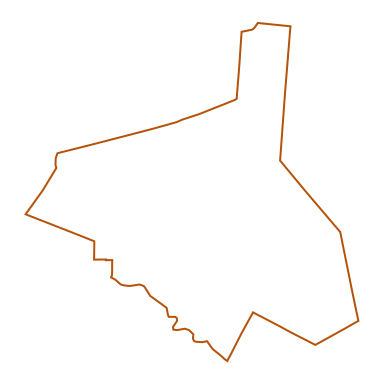 Mavrodin, Teleorman, Romania
{"feature_id": "2599482B71627865865788", "entity_name": "Mavrodin", "entity_type": "district", "adm_level": 2, "iso_a3": "ROU", "parent_name": "Romania", "parent_adm1": "Teleorman", "projection": "albers", "projection_center": [25.255, 44.051], "detail": "fine", "context": "isolated", "style": "outline", "palette": "amber", "viewbox_px": 384, "rotation_deg": 0, "n_neighbors": 0, "source": "geoboundaries", "source_scale": "gbopen_adm2", "svg_char_len": 1268}
<svg xmlns="http://www.w3.org/2000/svg" viewBox="0 0 384 384"><path d="M358.4,320.9L352.4,292.4L345.1,256.2L340.2,232.0L335.1,226.0L305.4,191.1L280.1,160.6L285.0,93.4L290.1,30.3L290.5,26.3L257.8,23.0L255.1,26.9L254.5,27.7L253.8,28.5L252.5,29.4L251.4,29.8L241.6,31.8L239.4,64.3L238.9,70.9L238.7,73.4L237.2,91.9L236.7,98.8L234.9,99.9L199.4,114.0L182.4,119.6L176.7,122.1L150.5,129.4L93.3,144.2L91.0,144.8L59.5,152.7L57.9,153.1L57.3,153.5L56.5,156.0L55.7,158.4L55.5,165.1L56.4,167.9L48.3,181.2L43.0,190.0L29.1,209.4L25.6,214.3L40.4,220.1L72.4,232.6L94.3,241.3L94.3,243.7L94.2,252.1L94.1,259.6L106.1,259.5L106.0,260.2L112.2,260.1L112.1,275.0L111.1,277.4L115.2,279.6L120.6,284.4L123.8,285.4L129.8,286.0L139.6,284.5L143.7,286.0L145.0,287.5L150.2,295.9L166.6,307.8L168.0,315.0L168.7,316.8L175.2,316.9L176.8,318.0L177.0,321.0L172.9,327.2L173.4,329.6L176.9,330.1L185.0,328.7L189.0,330.1L193.4,334.4L192.9,338.5L194.1,341.0L195.6,341.7L202.3,342.2L207.0,341.2L212.7,349.1L221.9,356.5L224.9,359.4L227.4,361.0L227.8,360.0L229.5,356.8L231.6,352.8L234.9,346.3L236.4,343.3L237.6,341.0L241.7,333.0L253.0,312.4L275.0,323.8L291.3,332.6L315.3,344.9L331.3,336.1L341.7,330.3L344.3,328.9L353.0,323.9L356.2,322.1L357.4,321.5L358.4,320.9Z" fill="none" stroke="#b45309" stroke-width="2"/></svg>